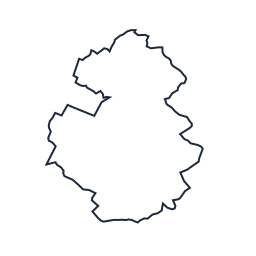 Nova Petrópolis, Rio Grande do Sul, Brazil (Equal Earth projection), rotated 104°
{"feature_id": "56859067B53198529950841", "entity_name": "Nova Petrópolis", "entity_type": "district", "adm_level": 2, "iso_a3": "BRA", "parent_name": "Brazil", "parent_adm1": "Rio Grande do Sul", "projection": "equal_earth", "projection_center": [-51.1, -29.372], "detail": "fine", "context": "isolated", "style": "outline", "palette": "slate", "viewbox_px": 256, "rotation_deg": 104, "n_neighbors": 0, "source": "geoboundaries", "source_scale": "gbopen_adm2", "svg_char_len": 1894}
<svg xmlns="http://www.w3.org/2000/svg" viewBox="0 0 256 256"><g transform="rotate(104 128 128)"><path d="M41.5,114.1L42.3,117.8L45.1,125.0L44.3,129.6L40.9,129.7L38.7,131.2L36.7,130.8L34.1,130.3L33.5,133.8L35.5,140.8L33.5,145.0L31.2,144.4L32.3,148.7L34.6,152.3L38.5,155.4L40.3,158.0L45.6,162.1L48.1,162.0L52.9,163.5L55.6,164.0L58.2,164.4L56.5,166.9L56.4,170.4L58.2,171.7L63.4,175.9L61.9,179.2L61.4,182.4L65.6,182.4L67.6,183.7L70.3,186.7L73.0,188.4L72.7,192.2L86.3,193.3L90.3,193.6L91.4,189.2L96.5,189.9L98.0,184.9L98.2,182.0L97.1,179.1L98.8,177.4L100.7,170.3L102.3,167.4L98.8,163.7L101.0,160.7L104.6,159.0L103.0,156.2L102.7,153.3L109.4,159.9L124.4,163.7L123.4,170.6L121.4,185.0L120.2,192.2L122.6,192.9L131.9,195.5L131.0,202.3L136.4,203.7L140.2,205.5L144.9,205.5L147.0,204.6L150.1,202.1L157.0,203.0L159.4,201.8L160.5,197.6L163.3,193.7L183.1,198.3L178.8,190.1L180.8,188.1L182.5,183.3L185.1,180.1L187.6,179.9L190.1,178.0L191.6,169.2L194.6,163.4L198.4,156.6L197.6,150.6L199.1,143.8L204.3,145.8L206.9,145.5L210.8,138.1L217.6,142.3L222.6,135.3L224.3,132.2L224.8,129.1L223.5,126.2L221.8,122.3L220.5,119.3L219.8,116.0L218.4,111.4L217.9,107.9L216.6,105.3L216.3,101.8L217.0,98.6L217.3,95.7L214.7,93.9L211.8,90.3L211.1,86.9L208.6,85.2L205.9,83.1L203.5,78.5L199.8,75.3L192.8,75.9L195.8,70.5L196.2,65.6L194.9,63.3L192.1,63.1L187.2,66.9L185.2,62.3L183.5,60.5L175.4,57.4L171.1,53.5L166.0,60.7L158.5,66.5L154.4,60.8L143.5,51.3L140.4,51.6L135.9,51.1L130.1,50.5L128.4,52.4L127.6,56.3L127.7,63.8L125.7,66.6L125.2,70.4L121.3,76.0L112.8,67.9L110.6,66.6L108.4,67.1L106.1,70.3L103.1,73.3L102.7,81.6L100.4,86.5L97.7,90.3L95.6,96.2L91.0,99.2L89.0,95.4L83.8,93.6L79.1,88.9L76.8,89.3L72.2,87.4L70.7,84.1L66.4,83.4L64.3,84.8L62.9,87.0L60.9,89.5L59.3,92.4L58.3,95.4L57.5,97.9L56.4,100.4L54.6,101.9L52.3,102.7L50.5,105.4L49.9,108.1L48.5,110.7L46.3,112.7L41.5,114.1Z" fill="none" stroke="#1e293b" stroke-width="2"/></g></svg>